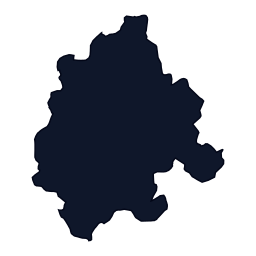 outline of Minya al-Qamh, Ash Sharqiyah, Egypt
{"feature_id": "37247803B22128077926758", "entity_name": "Minya al-Qamh", "entity_type": "district", "adm_level": 2, "iso_a3": "EGY", "parent_name": "Egypt", "parent_adm1": "Ash Sharqiyah", "projection": "natural_earth1", "projection_center": [31.353, 30.507], "detail": "fine", "context": "isolated", "style": "filled", "palette": "ink", "viewbox_px": 256, "rotation_deg": 0, "n_neighbors": 0, "source": "geoboundaries", "source_scale": "gbopen_adm2", "svg_char_len": 5152}
<svg xmlns="http://www.w3.org/2000/svg" viewBox="0 0 256 256"><path d="M70.2,228.8L71.0,232.2L71.2,232.9L71.5,233.4L72.1,234.1L73.2,234.9L74.3,235.8L75.7,236.2L78.1,236.8L80.0,237.4L82.4,238.0L84.3,238.1L86.0,238.2L86.3,238.3L87.6,238.9L88.7,239.9L88.8,240.6L90.7,240.3L91.2,239.7L91.5,239.5L91.5,237.0L91.2,234.2L92.0,232.2L93.6,229.7L94.7,228.1L95.5,227.3L97.1,225.3L98.3,223.7L99.8,222.6L102.1,222.2L104.0,223.5L104.3,223.3L104.5,223.1L107.1,221.5L109.4,219.9L111.8,216.3L113.8,211.9L114.2,211.9L116.1,210.3L118.4,209.9L120.0,210.0L122.3,209.6L124.2,209.2L129.9,210.2L130.2,210.3L131.5,210.6L131.8,211.1L132.6,212.3L133.7,213.9L134.8,216.0L135.1,216.5L135.9,217.6L139.9,220.2L141.2,221.0L142.0,221.0L148.9,220.8L150.8,220.8L153.1,220.5L154.3,220.5L156.6,219.3L157.0,218.5L158.2,217.3L160.1,215.3L164.5,210.5L166.8,209.0L167.2,206.5L167.2,204.9L166.5,202.4L165.8,200.4L165.4,198.3L164.7,196.7L163.7,195.3L160.1,195.8L158.5,197.0L156.6,198.1L155.4,198.9L152.3,200.5L151.2,200.9L151.4,200.4L153.2,196.0L156.4,190.4L156.4,190.0L156.8,186.7L156.1,184.7L154.5,184.3L153.8,183.4L153.6,181.6L153.5,180.6L153.2,174.0L154.4,172.8L155.5,172.5L156.4,172.0L157.1,171.7L163.6,171.8L165.9,171.5L167.4,170.8L168.6,170.3L170.9,168.3L172.5,165.9L172.1,165.1L172.6,163.5L172.6,161.8L173.7,160.1L174.2,159.4L174.9,158.6L175.3,158.2L175.9,158.4L184.8,164.2L184.8,165.7L184.8,166.2L184.3,169.0L185.5,170.7L187.0,171.5L189.6,172.8L190.8,174.5L192.3,176.6L193.8,177.4L197.2,179.5L199.4,180.7L202.1,182.1L208.3,180.2L214.5,177.1L215.2,173.6L215.3,172.6L216.5,171.4L221.2,167.0L223.5,163.8L223.6,161.4L223.6,160.2L221.4,157.7L221.1,152.8L222.6,150.4L222.7,149.7L222.3,149.6L216.5,152.3L213.8,148.9L210.8,146.0L207.4,143.9L205.5,143.9L204.3,145.1L200.9,146.2L200.5,145.0L200.2,144.9L199.4,144.5L197.5,143.7L197.1,143.7L196.3,142.0L196.3,141.2L196.4,139.6L197.2,136.8L198.0,134.3L198.8,132.7L198.1,131.1L193.6,125.3L192.8,124.4L193.2,123.6L199.8,117.7L200.9,115.9L200.7,114.4L199.6,110.3L200.4,108.6L202.0,105.1L202.4,104.0L203.6,101.1L202.1,99.4L199.4,97.7L192.0,90.5L190.8,89.4L188.5,86.9L187.8,83.2L186.7,79.9L186.2,79.6L185.2,79.0L183.7,78.6L181.7,79.0L180.2,79.7L177.5,81.7L173.2,84.5L172.3,84.6L171.3,84.8L171.8,79.1L171.4,77.1L171.1,75.5L170.7,74.6L169.9,74.2L168.4,74.2L166.1,74.9L163.8,74.9L163.2,74.4L162.3,73.6L161.2,67.5L160.9,63.4L158.0,57.6L156.8,48.5L156.6,46.6L156.2,46.1L155.9,45.8L155.9,45.4L151.7,42.8L146.4,39.1L146.8,36.6L146.1,35.0L145.3,32.9L145.5,32.4L146.2,30.5L146.5,27.6L146.7,26.2L147.1,23.2L147.5,19.5L147.2,17.5L146.5,16.6L146.0,15.8L144.9,15.4L144.6,15.4L143.4,15.4L141.4,15.7L139.9,16.5L136.0,17.2L134.6,16.6L133.3,17.2L128.0,16.4L126.5,16.2L124.5,17.8L124.5,20.2L124.8,21.1L124.8,22.2L121.3,27.1L120.8,29.1L120.4,30.3L118.4,31.7L117.2,32.5L116.7,32.9L115.8,33.5L112.7,34.2L111.9,34.2L109.5,34.5L108.1,35.5L107.7,35.7L105.4,36.5L104.2,35.3L103.0,34.7L101.6,34.0L101.6,32.8L101.0,33.2L100.5,33.7L99.6,34.5L98.0,36.0L97.4,36.4L96.3,37.5L95.9,37.9L95.5,38.3L93.3,40.5L93.1,40.7L91.7,43.5L90.6,45.5L90.6,47.0L90.5,50.0L90.5,51.1L90.4,52.0L90.2,54.9L89.8,56.1L89.0,57.9L87.6,59.0L85.9,60.2L84.0,60.4L83.1,60.4L80.9,60.5L78.6,60.4L78.0,60.4L75.1,60.1L74.8,60.1L73.5,59.8L73.5,59.4L73.6,58.6L73.6,57.0L73.8,56.3L73.9,55.5L72.2,55.2L71.3,55.0L70.4,54.9L69.0,54.8L68.0,55.1L63.8,56.3L60.0,58.5L59.8,58.8L57.7,61.9L57.5,64.9L57.4,65.7L57.3,66.9L57.5,68.0L57.6,68.6L58.1,70.5L59.6,70.3L59.9,72.1L60.5,73.0L60.6,73.4L60.9,74.2L60.8,75.0L60.6,75.9L59.6,76.7L59.3,77.3L59.1,77.8L59.7,79.2L60.0,79.5L61.1,80.7L61.3,81.2L61.9,82.8L62.7,85.1L62.8,85.9L63.1,87.5L61.4,90.0L60.4,90.8L57.1,90.8L54.1,91.8L52.7,92.3L51.8,92.6L51.4,92.8L51.0,94.7L51.1,95.4L51.1,97.4L49.7,99.5L48.0,102.8L48.4,104.2L49.0,105.7L49.4,106.6L49.1,107.4L50.9,110.1L51.4,111.5L51.9,112.9L53.0,113.6L52.5,114.8L51.8,116.5L51.5,117.0L50.8,118.9L50.4,120.0L49.9,121.6L49.1,123.6L48.5,124.7L47.2,126.7L46.8,126.9L44.6,128.1L43.4,128.8L42.1,129.6L40.2,131.0L39.3,131.9L37.9,133.0L37.6,133.3L35.9,136.2L35.7,136.7L34.9,138.9L34.7,139.3L34.8,140.0L34.9,140.9L35.0,141.9L35.1,144.2L35.1,145.0L35.1,148.9L35.1,150.8L35.0,155.1L35.0,157.3L35.1,157.5L36.2,160.2L39.1,162.8L39.1,164.3L39.0,164.6L38.4,166.4L38.3,168.9L39.4,169.8L39.7,170.1L39.6,170.7L39.5,171.1L39.3,172.0L38.5,172.6L37.5,173.2L37.0,173.6L35.9,174.4L34.8,175.2L34.0,176.0L32.4,177.4L32.6,178.5L32.7,178.9L32.7,179.2L32.9,180.1L33.0,180.3L33.5,181.6L33.7,182.1L34.1,183.0L34.3,183.7L34.7,184.6L35.1,184.9L36.4,185.7L37.2,185.7L37.6,185.8L39.7,186.0L40.4,186.1L41.4,186.2L42.5,187.1L42.9,187.6L44.0,189.0L46.3,190.8L46.8,190.8L47.6,190.9L48.4,191.0L49.0,191.1L51.3,191.3L53.6,191.3L55.1,191.6L57.1,192.1L58.0,195.0L58.3,195.9L58.4,196.3L59.8,197.2L60.5,197.8L60.9,198.1L62.8,199.7L63.1,200.0L65.2,201.6L65.9,202.0L65.7,202.4L65.3,203.2L64.9,204.2L64.6,204.8L64.4,205.2L64.3,206.0L64.2,206.9L64.1,207.4L63.9,208.1L63.9,208.5L63.7,209.2L63.4,209.4L63.0,209.6L62.2,210.1L61.9,210.1L61.6,210.2L60.7,210.2L60.2,210.2L59.3,210.2L58.7,210.0L59.6,212.7L60.3,214.8L60.5,215.1L61.4,216.9L61.7,217.1L63.8,218.2L64.4,219.2L65.5,220.7L65.7,221.0L66.4,222.2L68.1,225.0L69.1,226.9L70.2,228.8Z" fill="#0f172a" stroke="#020617" stroke-width="1.5"/></svg>